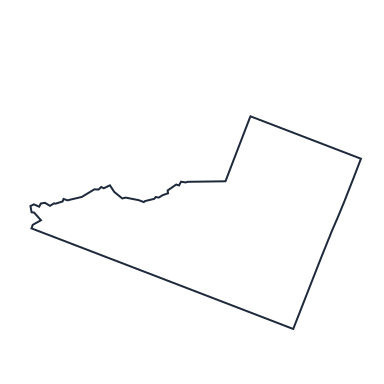 outline of Mesa, Colorado, United States of America, rotated 201°
{"feature_id": "52423323B90693029046288", "entity_name": "Mesa", "entity_type": "district", "adm_level": 2, "iso_a3": "USA", "parent_name": "United States of America", "parent_adm1": "Colorado", "projection": "robinson", "projection_center": [-108.07, 38.933], "detail": "fine", "context": "isolated", "style": "outline", "palette": "slate", "viewbox_px": 384, "rotation_deg": 201, "n_neighbors": 0, "source": "geoboundaries", "source_scale": "gbopen_adm2", "svg_char_len": 827}
<svg xmlns="http://www.w3.org/2000/svg" viewBox="0 0 384 384"><g transform="rotate(201 192 192)"><path d="M316.8,131.9L319.6,128.2L325.4,129.2L329.0,127.1L329.4,123.5L335.2,123.8L337.8,121.0L334.5,115.6L332.0,116.2L322.9,111.5L328.9,104.3L328.8,100.5L212.0,100.5L48.4,100.4L48.1,151.3L47.9,177.9L47.7,190.0L47.6,197.9L47.5,198.1L47.5,204.3L46.8,221.1L46.4,237.1L46.2,262.6L46.2,283.6L164.5,283.6L164.6,281.8L164.6,248.0L164.6,214.0L199.6,200.0L201.5,198.6L205.9,197.7L206.5,193.5L209.4,193.3L215.3,184.7L213.9,182.2L218.2,178.6L221.0,174.9L224.1,174.3L224.8,172.1L232.6,166.7L233.4,165.3L238.8,165.3L251.9,163.0L254.8,161.0L264.6,164.2L271.0,168.8L275.7,163.9L278.6,164.1L280.1,160.8L284.1,159.5L293.1,147.9L305.3,139.6L309.4,139.5L309.4,136.8L315.2,132.2L316.8,131.9Z" fill="none" stroke="#1e293b" stroke-width="2"/></g></svg>